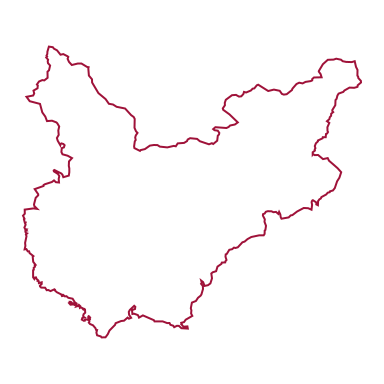 outline of Telciu, Bistrita-Nasaud, Romania
{"feature_id": "2599482B29024117941085", "entity_name": "Telciu", "entity_type": "district", "adm_level": 2, "iso_a3": "ROU", "parent_name": "Romania", "parent_adm1": "Bistrita-Nasaud", "projection": "albers", "projection_center": [24.422, 47.482], "detail": "fine", "context": "isolated", "style": "outline", "palette": "rose", "viewbox_px": 384, "rotation_deg": 0, "n_neighbors": 0, "source": "geoboundaries", "source_scale": "gbopen_adm2", "svg_char_len": 5807}
<svg xmlns="http://www.w3.org/2000/svg" viewBox="0 0 384 384"><path d="M105.5,337.3L107.8,334.2L109.5,330.5L115.1,324.8L115.6,323.2L121.2,321.0L124.0,320.7L127.6,317.6L128.9,318.7L131.1,317.8L129.1,314.8L128.8,311.9L129.8,310.0L134.2,305.8L135.3,306.8L135.0,309.0L132.0,310.1L132.4,314.0L134.0,313.7L136.9,314.7L138.1,315.3L139.0,317.6L142.9,315.4L153.9,320.2L154.5,321.4L162.7,321.4L167.2,323.1L169.5,323.0L170.4,324.8L173.2,325.7L174.2,327.2L176.9,325.8L178.9,325.9L181.4,328.2L187.8,328.6L187.4,326.4L183.5,326.7L181.3,324.2L181.7,323.9L181.3,322.8L184.0,322.1L185.7,319.7L192.3,315.9L191.1,313.5L191.4,310.3L190.8,308.3L191.9,302.6L195.9,301.0L198.0,297.8L200.6,295.7L201.4,294.5L203.0,289.0L202.8,285.9L201.1,283.8L201.8,282.9L201.2,280.6L203.1,282.1L204.6,285.9L208.0,285.2L210.4,283.4L212.0,278.3L211.3,273.5L212.7,272.3L216.1,271.2L217.5,266.6L221.4,263.9L221.8,262.6L225.2,262.4L225.4,261.3L226.5,260.0L225.5,256.8L225.7,254.4L226.8,253.9L229.3,249.8L232.1,249.2L234.0,247.6L235.4,248.0L237.8,247.3L242.4,242.3L244.6,241.6L247.5,239.1L251.3,237.0L259.3,235.3L263.7,235.3L264.6,233.9L264.7,230.6L265.4,229.9L266.0,225.8L264.5,221.8L264.8,219.3L262.9,215.6L263.0,214.2L264.7,213.5L265.8,211.8L267.7,211.2L271.5,211.3L273.4,212.2L276.0,211.9L278.3,213.9L279.1,211.9L280.3,214.4L280.7,217.2L281.5,218.7L288.7,217.4L290.7,215.4L292.4,215.1L297.1,211.5L303.7,208.0L308.1,208.2L311.5,209.7L312.1,204.9L311.6,202.1L312.2,200.6L312.9,200.2L316.4,202.5L316.3,204.4L317.9,205.2L318.1,201.1L319.4,199.3L320.8,198.5L321.4,197.1L326.2,194.5L327.7,192.7L329.7,192.2L330.0,191.3L332.9,190.5L334.8,188.1L337.1,181.3L339.4,177.7L341.2,172.2L337.5,168.1L329.0,160.7L327.7,158.1L323.0,159.1L318.1,155.0L314.6,155.1L313.1,154.1L312.7,154.6L312.7,152.3L314.9,150.6L314.7,149.4L315.4,148.2L314.8,146.1L315.9,143.3L317.9,141.4L317.9,140.5L322.6,138.3L322.8,137.2L325.7,137.2L326.0,134.0L327.1,133.5L328.0,132.0L327.5,131.0L327.4,127.2L329.3,122.9L327.0,121.2L329.4,119.1L329.8,117.2L331.1,115.8L331.2,113.7L333.2,112.1L332.3,111.0L332.3,110.1L335.3,105.2L335.5,100.1L336.6,98.8L337.4,95.6L338.6,93.6L343.3,91.9L344.4,90.5L349.5,87.6L354.2,87.8L357.1,87.0L357.5,86.8L357.7,85.3L361.0,82.5L360.9,80.9L358.3,78.0L358.1,76.5L357.4,75.7L357.5,69.9L356.0,66.9L354.7,61.2L351.8,62.1L346.1,61.9L342.7,61.2L341.0,59.7L336.2,58.7L333.6,59.6L327.8,59.8L322.9,64.2L318.9,70.9L318.8,71.6L320.6,74.1L321.6,77.3L313.9,77.5L312.2,79.1L312.2,80.4L310.7,81.1L305.5,81.9L302.6,83.4L299.2,82.7L296.5,84.0L292.4,88.7L292.0,90.0L286.7,94.2L283.8,94.6L281.9,93.9L279.7,90.8L273.9,89.6L268.2,91.0L258.2,84.7L256.8,85.3L254.3,88.4L252.6,88.7L250.9,90.5L246.1,92.5L244.0,91.9L243.4,94.0L241.3,96.3L239.0,96.6L236.0,94.9L232.0,95.2L225.8,99.8L224.8,102.8L224.9,105.3L222.8,108.4L223.2,109.8L229.5,114.4L237.8,122.4L234.9,124.5L230.1,125.5L228.6,127.0L226.4,128.0L215.4,127.2L213.2,129.1L214.5,130.2L217.8,130.7L219.3,132.9L219.0,134.5L217.8,135.7L217.2,140.7L213.2,144.0L211.9,143.2L209.0,144.3L199.8,141.2L197.1,138.9L190.1,138.2L187.7,139.5L187.0,141.1L184.1,142.9L177.7,143.4L175.8,146.3L173.8,145.9L167.3,147.4L159.8,146.6L157.5,145.1L153.9,145.0L149.9,145.6L144.9,149.1L140.6,150.1L140.0,150.9L134.4,148.1L134.1,146.4L134.8,141.3L135.7,140.0L135.2,137.5L135.8,135.4L137.5,132.9L136.0,131.3L134.5,127.8L134.7,118.9L133.7,117.0L131.1,115.1L125.1,108.5L116.6,106.8L113.0,104.5L108.9,103.8L105.6,99.1L98.4,93.1L92.1,82.5L92.0,79.3L88.9,75.6L88.3,68.4L88.6,67.2L87.0,66.9L81.4,63.5L77.9,63.5L71.8,65.0L69.0,61.9L67.6,58.8L68.3,56.9L67.6,56.3L63.3,54.1L60.5,54.7L57.0,50.3L54.0,48.7L52.8,47.2L48.9,46.6L47.4,51.7L47.3,54.0L46.5,55.7L47.1,56.5L46.2,57.5L48.1,59.7L47.7,61.2L48.0,63.2L50.1,65.5L49.0,70.3L47.5,71.7L47.6,77.8L44.3,80.4L42.3,80.1L39.0,81.5L36.9,84.5L37.8,85.5L37.5,88.3L33.5,90.6L34.2,93.5L33.2,95.5L26.5,96.8L29.7,101.2L40.0,103.9L42.3,112.4L45.3,116.6L47.0,121.1L52.0,120.7L56.4,122.4L57.3,123.3L59.2,126.5L58.3,130.5L58.7,134.9L56.9,138.0L57.7,140.7L60.3,145.2L60.6,143.9L61.4,143.4L63.4,144.0L64.6,145.2L63.9,147.4L61.8,148.1L61.4,152.0L62.5,154.3L67.6,155.7L72.0,158.1L69.0,161.4L68.8,165.9L69.3,168.3L69.3,172.3L68.8,175.6L63.3,177.2L62.5,174.8L61.4,173.5L54.3,170.0L53.7,170.5L53.9,171.4L58.0,174.0L59.3,176.1L58.7,178.9L59.0,182.5L55.9,182.2L54.0,180.4L51.9,182.0L45.0,184.2L43.6,185.0L43.5,186.0L34.7,189.1L38.2,194.2L38.2,195.3L35.7,197.8L34.0,204.4L34.3,206.0L37.2,208.9L33.5,208.4L24.7,209.6L24.8,213.7L23.0,215.7L24.5,218.8L23.9,219.2L24.8,222.6L25.6,222.6L25.2,223.7L25.6,224.8L24.4,227.5L25.2,229.2L26.6,229.4L26.1,230.0L26.6,230.6L25.4,230.8L25.4,231.8L26.0,233.0L27.1,233.4L25.9,234.6L26.5,236.1L25.1,242.9L25.4,245.9L24.6,249.4L26.4,249.1L27.7,251.3L29.1,251.3L29.6,253.1L33.4,256.1L32.7,256.7L33.2,261.8L35.6,264.9L34.7,265.3L35.0,266.7L33.7,267.8L33.8,269.7L33.1,270.2L33.1,277.3L34.3,279.0L35.0,277.5L36.0,277.4L36.5,278.9L37.9,280.1L37.6,280.9L38.7,281.2L38.9,283.1L41.7,282.3L41.7,284.0L39.9,285.7L40.0,286.4L41.2,287.6L45.1,287.7L46.7,290.2L48.3,290.0L50.5,291.1L54.4,289.3L54.9,289.7L54.6,290.2L56.8,292.2L61.2,294.4L62.0,296.1L62.5,296.0L62.3,294.8L63.1,294.8L64.9,296.4L66.5,296.2L68.3,297.8L72.6,298.7L75.0,302.5L76.6,303.5L76.4,304.5L74.7,303.4L71.3,303.1L71.3,302.2L70.5,301.8L69.7,301.8L69.8,302.4L69.0,303.0L70.5,304.7L73.4,304.4L74.8,305.1L75.6,304.5L77.0,305.3L76.3,306.5L78.3,305.9L79.8,307.0L78.4,305.7L78.9,304.9L80.3,306.2L80.1,307.8L81.0,307.4L83.1,308.5L82.8,308.9L83.4,309.6L84.5,309.0L85.0,309.5L85.2,312.7L83.6,314.2L83.2,315.7L83.3,316.7L84.4,317.4L82.3,318.0L81.8,319.6L83.9,320.8L84.9,320.6L85.0,319.7L85.7,319.3L88.5,320.0L88.2,317.0L88.6,316.2L89.3,316.5L90.1,317.7L89.6,318.1L90.0,319.3L89.2,320.2L89.4,321.5L88.8,322.6L90.0,324.0L93.0,325.3L95.4,328.1L96.3,330.3L97.0,330.2L96.4,332.7L97.1,335.3L100.8,336.4L101.6,337.4L105.5,337.3Z" fill="none" stroke="#9f1239" stroke-width="2"/></svg>